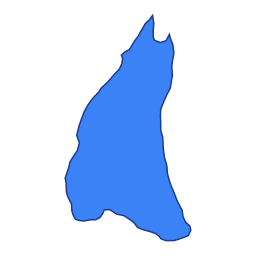 outline of Agios Sergios, Cyprus
{"feature_id": "46923920B79563673366387", "entity_name": "Agios Sergios", "entity_type": "district", "adm_level": 2, "iso_a3": "CYP", "parent_name": "Cyprus", "parent_adm1": "", "projection": "albers", "projection_center": [33.892, 35.205], "detail": "fine", "context": "isolated", "style": "filled", "palette": "blue", "viewbox_px": 256, "rotation_deg": 0, "n_neighbors": 0, "source": "geoboundaries", "source_scale": "gbopen_adm2", "svg_char_len": 1292}
<svg xmlns="http://www.w3.org/2000/svg" viewBox="0 0 256 256"><path d="M121.4,55.2L122.6,58.5L122.0,63.3L119.3,69.3L113.9,74.8L109.1,80.5L105.5,84.1L101.6,87.7L98.6,92.2L95.3,95.6L91.4,100.1L87.8,105.2L84.2,111.8L80.9,120.6L79.1,125.7L76.7,135.4L79.4,142.9L77.3,150.7L73.9,155.6L70.0,161.9L68.8,167.3L65.2,177.9L66.1,183.3L66.4,192.1L67.9,196.9L71.5,204.1L71.8,210.5L73.0,214.7L75.4,219.2L78.7,220.4L84.1,221.0L90.2,219.8L95.6,219.8L99.8,217.7L102.5,214.1L104.3,209.9L109.7,209.6L116.6,214.1L123.8,215.6L131.6,220.7L134.3,223.1L137.6,227.4L142.4,229.5L150.2,231.6L155.9,233.7L158.9,236.1L161.0,238.8L165.8,240.6L174.2,240.6L178.8,239.1L183.3,237.6L188.4,235.5L190.8,230.1L189.9,226.2L185.4,221.9L183.0,216.5L182.1,210.2L179.9,206.2L176.9,200.2L174.2,193.0L171.2,186.0L169.1,180.0L167.3,172.8L167.0,167.3L166.4,164.0L164.6,158.0L163.7,152.3L163.1,145.3L162.8,137.5L160.7,130.2L160.7,122.4L160.4,116.4L160.7,109.4L164.0,101.0L167.0,94.4L170.3,88.0L172.4,75.1L172.1,71.7L171.8,66.0L172.7,59.7L173.9,53.3L173.3,48.2L172.7,44.0L170.6,39.2L169.4,34.4L166.1,40.7L160.4,42.5L154.7,40.4L153.2,37.4L153.2,30.1L153.8,23.5L152.6,15.4L149.3,19.9L145.4,23.5L142.7,28.3L140.3,32.2L138.2,36.2L134.3,41.3L131.9,45.5L129.2,49.7L125.0,51.8L121.4,55.2Z" fill="#3b82f6" stroke="#1e3a8a" stroke-width="1.5"/></svg>